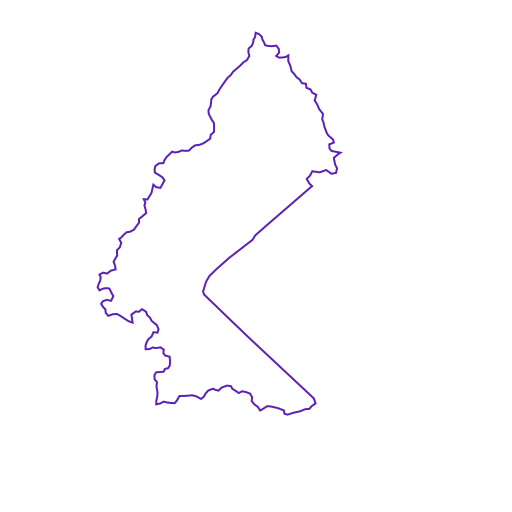 Água Doce do Norte, Espírito Santo, Brazil (Mercator projection), rotated 218°
{"feature_id": "56859067B20048204764079", "entity_name": "Água Doce do Norte", "entity_type": "district", "adm_level": 2, "iso_a3": "BRA", "parent_name": "Brazil", "parent_adm1": "Espírito Santo", "projection": "mercator", "projection_center": [-40.991, -18.518], "detail": "fine", "context": "isolated", "style": "outline", "palette": "violet", "viewbox_px": 512, "rotation_deg": 218, "n_neighbors": 0, "source": "geoboundaries", "source_scale": "gbopen_adm2", "svg_char_len": 3391}
<svg xmlns="http://www.w3.org/2000/svg" viewBox="0 0 512 512"><g transform="rotate(218 256 256)"><path d="M118.3,176.5L122.7,179.4L127.1,179.8L209.5,187.1L218.0,187.9L225.1,188.7L233.6,189.5L273.3,193.7L275.9,195.5L279.6,205.3L280.4,211.7L279.0,221.8L275.9,238.4L268.7,266.6L269.3,271.8L266.3,287.6L256.2,338.9L254.8,345.6L258.7,346.0L263.5,348.0L262.9,352.5L263.8,357.5L257.3,361.1L253.7,366.9L247.1,367.3L244.1,370.8L246.2,375.1L249.8,376.7L255.1,381.2L254.1,386.3L253.1,389.4L261.1,385.3L264.2,385.9L267.0,389.1L264.5,393.3L266.9,395.2L273.1,395.5L276.0,396.5L281.8,400.1L284.9,402.7L287.9,404.4L290.7,409.2L296.6,410.6L300.9,413.0L305.5,414.7L307.8,420.2L312.0,419.3L315.5,420.8L319.8,419.6L322.7,422.4L326.1,420.5L330.3,421.9L334.4,421.9L338.4,423.1L341.6,423.5L346.2,427.1L350.6,429.5L354.0,434.0L355.2,431.0L357.8,428.3L360.2,426.4L363.2,426.1L363.0,430.5L365.6,433.2L369.4,434.3L372.9,430.9L375.8,429.0L378.5,427.7L381.7,429.5L384.3,430.6L386.6,432.4L390.5,432.7L393.7,431.7L391.6,428.1L391.2,425.0L389.6,422.4L388.7,418.7L389.6,415.0L387.5,411.9L384.4,409.5L383.8,404.8L385.2,400.6L385.6,396.7L386.6,391.5L387.5,387.3L387.3,382.8L388.0,379.7L388.0,375.2L387.7,370.4L387.4,365.1L386.6,360.9L387.2,357.9L388.0,355.0L387.6,351.8L385.8,349.1L384.0,346.0L383.2,341.6L380.7,338.9L374.9,336.2L371.1,334.9L368.1,331.5L365.5,327.8L366.3,323.6L364.3,320.1L365.6,316.2L366.8,312.4L369.0,308.8L372.1,305.7L373.3,301.8L373.8,297.6L376.5,295.3L379.4,293.5L381.2,290.3L383.6,287.7L386.4,286.5L386.9,282.3L387.4,279.2L387.2,275.5L386.2,272.1L389.4,269.4L390.7,265.1L389.3,261.9L387.1,259.5L381.7,260.1L378.2,260.4L374.7,259.3L373.9,254.7L373.3,250.8L377.1,248.8L380.8,249.0L378.8,244.8L377.1,241.0L376.4,233.6L379.4,231.7L376.0,229.9L375.1,227.2L372.2,225.1L369.0,222.3L370.1,216.9L371.0,213.0L368.7,210.4L368.6,205.6L368.4,201.5L370.1,197.7L372.6,195.0L373.3,191.5L373.5,188.1L374.4,185.2L370.3,183.4L368.7,179.2L369.1,174.9L365.7,170.9L365.2,167.0L364.7,163.8L361.2,161.7L358.4,159.0L361.4,155.0L362.5,150.5L366.3,148.7L367.9,145.0L365.2,143.6L363.4,140.2L362.7,136.9L361.6,133.9L358.1,132.6L356.7,135.7L354.5,138.3L351.5,140.1L347.7,138.2L343.7,136.5L342.6,131.5L346.5,129.6L348.8,126.2L348.6,123.0L344.8,121.6L341.9,121.3L339.5,118.7L335.5,117.9L333.1,121.8L329.9,124.7L326.5,125.3L321.2,125.7L316.7,126.1L312.2,127.5L314.5,129.7L318.1,133.1L316.6,138.3L313.9,140.0L313.1,143.9L308.5,144.4L305.0,142.3L301.8,142.2L298.1,140.6L291.6,140.5L287.7,138.3L286.4,135.0L289.9,132.8L288.7,128.3L289.6,124.2L289.0,120.5L287.9,117.5L285.6,114.6L282.6,117.1L281.1,120.3L278.1,121.9L275.0,125.2L271.0,125.4L269.2,122.4L266.3,121.6L262.1,123.5L258.6,119.8L256.5,116.5L256.2,113.4L258.2,111.1L257.6,107.8L260.8,105.0L263.1,102.7L262.7,99.6L260.1,96.5L256.3,95.6L254.1,91.9L249.5,87.8L247.1,84.1L245.5,80.7L243.3,77.7L240.6,80.9L239.2,84.3L235.5,86.0L231.9,88.3L229.4,90.1L229.4,93.7L230.1,98.6L226.3,101.6L223.0,104.6L220.7,106.9L216.5,108.7L211.4,109.5L210.5,112.8L211.1,116.8L210.8,120.6L208.3,124.8L205.5,125.6L202.7,126.8L202.1,131.0L199.1,136.0L195.7,138.0L192.8,136.8L189.1,137.2L185.2,137.4L183.7,140.8L180.2,142.6L176.0,143.9L172.1,142.3L170.1,139.1L166.3,138.1L161.4,138.2L157.6,136.8L156.1,140.6L154.7,144.6L151.2,146.8L145.1,149.6L139.0,151.5L136.4,149.2L133.5,150.4L129.9,155.6L125.5,161.0L122.9,165.6L119.8,168.4L119.8,171.7L118.3,176.5Z" fill="none" stroke="#5b21b6" stroke-width="2"/></g></svg>